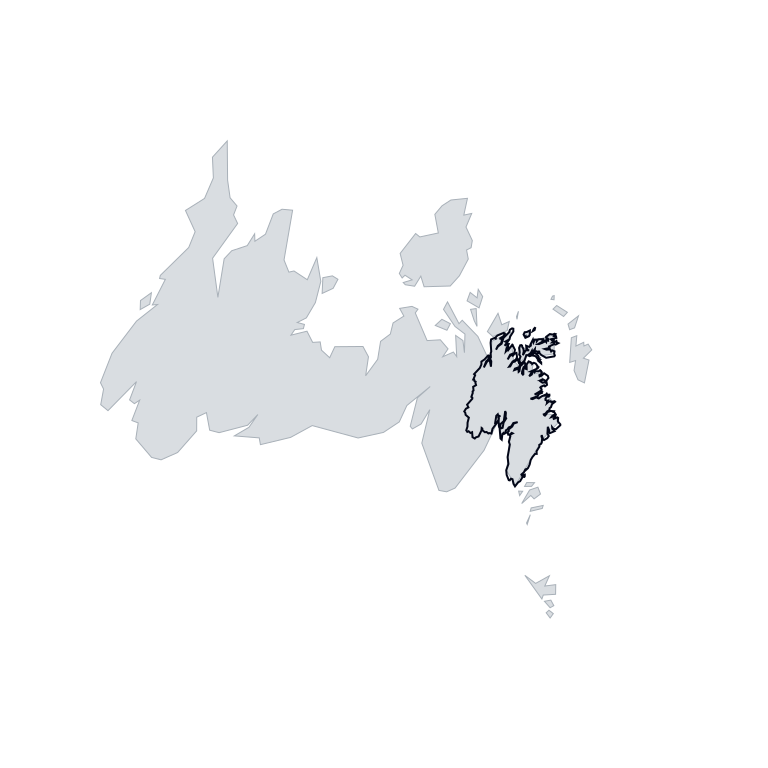 Highland on a map of United Kingdom (Natural Earth projection), rotated 127°
{"feature_id": "GBR-2745", "entity_name": "Highland", "entity_type": "Unitary District", "adm_level": 1, "iso_a3": "GBR", "parent_name": "United Kingdom", "parent_adm1": "", "projection": "natural_earth1", "projection_center": [-5.279, 57.587], "detail": "fine", "context": "in_parent", "style": "outline", "palette": "ink", "viewbox_px": 768, "rotation_deg": 127, "n_neighbors": 0, "source": "natural_earth", "source_scale": "10m", "svg_char_len": 9856}
<svg xmlns="http://www.w3.org/2000/svg" viewBox="0 0 768 768"><g transform="rotate(127 384 384)"><path d="M414.8,568.8L380.2,587.0L369.2,585.8L355.8,576.5L341.9,577.7L347.7,573.0L335.7,568.8L314.8,574.8L305.8,570.6L300.2,561.6L345.1,538.5L351.9,527.3L347.9,523.9L346.9,508.0L323.5,513.7L340.1,496.2L360.3,487.8L377.9,485.8L387.1,490.3L384.3,483.4L388.3,481.7L394.2,488.0L401.0,487.7L388.2,477.3L393.7,466.0L388.8,460.3L394.6,454.3L395.7,443.2L383.8,445.7L366.7,423.4L371.6,412.8L388.5,403.6L368.1,403.9L352.0,412.4L340.3,409.0L329.8,413.5L317.8,409.0L314.2,417.0L305.2,408.4L303.8,401.9L308.4,401.8L323.4,375.7L314.8,365.6L317.4,354.0L326.9,353.5L316.7,347.8L318.4,342.4L302.1,356.0L301.8,347.1L310.6,338.6L295.4,349.4L295.3,362.0L288.6,381.4L280.2,382.7L290.7,360.4L286.0,359.9L289.5,337.7L303.1,312.1L284.9,323.5L266.1,314.1L281.9,307.3L276.7,304.8L287.3,294.7L288.5,288.2L279.4,280.9L279.2,276.4L287.7,272.4L281.4,266.3L286.7,255.7L304.3,255.7L294.3,246.3L297.2,237.8L310.0,236.6L306.9,230.5L309.7,221.5L332.3,224.1L385.6,218.1L379.6,233.7L349.6,251.8L347.9,257.1L354.8,258.8L344.1,270.9L376.8,264.2L424.3,264.6L432.4,269.1L435.9,276.1L408.5,318.2L376.9,332.0L393.6,330.3L402.8,334.3L402.0,337.6L375.0,349.0L358.2,345.6L387.4,352.8L405.1,349.0L423.0,355.3L442.7,372.2L460.4,416.3L482.9,426.5L506.8,446.2L502.1,451.2L515.5,472.3L499.9,465.8L484.3,466.4L499.0,468.1L522.1,486.4L525.8,495.4L513.7,508.6L523.2,513.6L534.2,505.4L562.9,507.6L578.7,516.4L582.5,525.4L577.2,549.2L563.0,556.9L564.9,563.4L543.9,569.4L549.9,571.5L549.8,577.6L531.0,583.1L571.4,588.4L571.0,597.8L556.8,604.9L553.6,611.2L523.1,619.7L482.7,619.5L456.8,612.7L460.3,616.6L432.0,621.6L434.8,626.7L431.9,628.0L392.5,622.1L376.0,626.5L364.9,647.0L343.8,639.0L322.1,644.3L306.1,657.5L284.2,655.5L315.3,631.6L327.9,619.0L330.3,608.5L339.5,605.9L343.9,597.5L386.7,596.6L414.8,568.8ZM270.0,449.7L244.8,449.3L245.0,443.9L230.7,431.5L217.9,445.5L206.7,444.9L196.8,441.3L185.5,429.1L201.1,421.9L195.0,416.6L209.3,413.0L216.3,399.8L222.7,396.5L227.3,398.7L233.5,391.9L252.2,388.9L265.9,390.1L282.2,410.5L275.7,419.5L287.5,418.4L291.9,426.7L291.4,429.7L283.9,424.2L284.5,432.7L288.4,433.3L286.5,438.3L277.7,440.2L270.0,449.7ZM263.9,231.6L258.9,240.3L250.0,245.1L255.0,248.7L234.3,262.2L229.4,259.1L238.2,253.6L230.5,249.6L233.3,247.2L229.3,245.0L231.7,238.6L243.4,240.3L241.5,234.7L262.5,224.6L263.9,231.6ZM265.8,274.5L266.1,284.1L284.3,288.5L271.8,297.7L270.0,289.8L258.8,289.7L241.7,277.7L257.6,266.4L265.8,274.5ZM448.7,120.4L456.7,129.8L460.7,128.5L452.0,156.4L452.0,142.9L437.6,136.5L448.6,134.0L440.9,126.1L448.7,120.4ZM279.9,333.0L258.9,335.5L265.8,325.6L258.7,321.6L267.2,317.8L280.6,325.6L279.9,333.0ZM338.2,482.2L348.9,487.9L335.9,496.8L328.7,490.3L328.1,483.8L338.2,482.2ZM266.0,353.9L267.6,367.7L259.0,370.3L259.2,361.5L251.7,365.7L254.8,357.8L266.0,353.9ZM385.4,195.0L384.7,199.7L396.6,202.1L381.0,203.9L373.8,199.0L377.7,192.8L385.4,195.0ZM306.4,378.3L297.5,376.7L295.9,367.3L303.2,366.1L306.4,378.3ZM471.3,623.5L463.9,628.7L451.1,624.7L461.2,619.1L471.3,623.5ZM272.3,359.8L268.3,355.8L282.0,344.4L279.1,350.1L272.3,359.8ZM224.5,265.6L228.9,268.4L225.4,273.1L212.5,269.7L224.5,265.6ZM222.5,294.1L217.4,293.3L216.4,280.7L222.0,281.2L222.5,294.1ZM461.0,125.1L456.2,120.7L458.8,115.0L462.7,116.7L461.0,125.1ZM397.7,190.6L394.4,191.9L385.2,183.8L388.1,182.7L397.7,190.6ZM381.2,210.1L376.8,210.7L372.2,204.4L377.0,204.6L381.2,210.1ZM470.9,110.5L469.1,116.8L465.4,116.1L465.5,110.6L470.9,110.5ZM409.2,186.5L400.3,188.5L410.0,185.1L409.2,186.5ZM260.4,301.7L257.8,302.2L254.4,299.0L258.7,297.4L260.4,301.7ZM391.5,208.5L388.5,212.0L386.2,208.7L391.5,208.5ZM250.5,318.7L245.0,320.4L252.3,316.7L250.5,318.7ZM215.9,301.6L212.4,302.3L211.0,301.3L214.4,298.9L215.9,301.6Z" fill="#d9dde1" stroke="#a8b0b8" stroke-width="1"/><path d="M298.5,318.0L298.0,317.0L299.2,316.3L301.9,315.6L304.5,316.0L310.7,314.2L304.2,315.2L301.1,314.2L305.8,309.0L301.3,312.0L300.0,314.4L298.3,314.7L295.3,317.3L293.5,317.9L287.0,323.6L284.0,325.3L280.3,323.2L281.1,321.5L279.3,322.9L277.0,322.6L271.1,319.1L270.9,317.9L273.9,317.3L277.6,318.7L277.9,318.3L276.5,317.0L280.7,315.0L285.1,316.0L289.2,315.2L285.5,315.6L281.1,314.3L275.3,316.3L267.4,315.2L264.9,316.1L262.5,315.2L262.0,314.0L264.2,312.3L270.2,311.8L272.7,310.7L277.1,312.6L276.9,311.6L275.8,310.7L280.8,310.7L277.9,309.7L277.1,308.5L281.7,307.7L284.6,306.3L283.4,306.2L281.3,307.2L279.8,307.0L281.7,305.2L274.4,305.2L277.1,304.9L276.0,303.8L277.9,300.0L280.9,298.6L284.7,300.9L290.0,300.0L285.9,300.3L283.6,299.4L283.9,298.1L281.4,298.0L279.5,296.9L282.5,293.9L285.2,293.4L288.6,294.8L294.8,294.5L294.0,293.8L289.3,294.5L287.6,293.2L283.8,292.0L286.0,289.0L285.3,288.2L287.9,286.5L289.2,286.3L293.0,288.7L294.5,288.3L290.8,285.9L293.2,283.8L292.3,283.6L287.9,285.9L284.8,285.3L282.3,285.6L282.0,284.9L283.0,283.2L284.9,282.1L286.5,282.7L290.9,281.2L292.6,280.1L292.9,278.7L292.3,278.6L288.4,281.6L285.5,281.1L286.7,280.3L286.3,279.0L282.8,281.8L278.9,282.1L278.3,280.1L278.8,279.7L278.2,278.3L278.8,277.7L276.9,277.1L276.4,275.1L277.4,271.8L278.0,271.8L277.7,270.8L279.1,270.7L285.5,274.2L284.9,273.2L290.4,272.7L287.5,271.7L284.7,272.5L283.4,271.5L283.9,270.8L282.6,270.6L280.7,268.1L279.0,267.6L279.1,266.4L279.8,265.8L279.6,265.0L281.8,264.4L283.4,265.2L284.2,264.3L282.4,263.1L279.1,262.6L278.9,258.1L280.2,256.3L283.2,256.3L284.2,256.7L284.7,260.1L286.8,261.2L286.1,260.1L287.7,260.5L287.6,258.2L285.1,255.9L285.5,255.3L285.0,255.0L286.6,253.3L289.0,254.0L288.8,255.3L291.5,256.9L292.7,257.1L293.4,254.9L294.3,254.3L301.8,257.4L297.9,254.8L295.1,253.8L295.1,253.0L295.9,253.2L296.2,252.6L298.8,254.3L300.4,254.0L302.7,254.8L307.6,258.1L306.6,256.2L301.8,253.7L302.8,252.9L302.4,251.7L299.0,250.7L296.4,249.2L296.7,248.9L296.1,248.3L293.8,248.2L294.3,247.1L293.0,245.5L293.8,244.8L295.2,245.1L296.2,246.4L298.7,246.2L299.6,245.4L299.1,243.7L299.6,243.4L298.8,243.0L301.0,242.3L299.1,241.9L297.5,240.6L297.8,239.6L295.1,237.5L295.2,236.7L299.0,237.7L302.0,236.7L303.6,237.2L305.3,236.2L307.7,237.2L310.3,237.2L312.9,238.6L311.1,237.2L313.2,236.5L310.0,236.2L308.4,236.8L305.1,234.5L303.6,232.1L304.4,232.1L304.0,231.0L304.8,229.0L308.1,230.4L309.7,230.4L308.3,229.4L308.1,228.7L306.6,229.0L307.1,228.3L306.3,227.9L308.4,227.1L310.5,227.9L306.3,225.4L306.3,224.5L309.3,222.6L310.1,218.9L310.8,218.4L316.7,219.5L317.9,221.8L317.4,223.6L318.4,222.7L319.0,219.4L323.5,222.0L323.2,223.2L321.4,224.5L319.6,227.4L325.3,223.6L326.4,221.1L329.0,221.0L332.5,222.5L332.5,223.6L329.9,227.3L331.2,226.6L332.2,225.0L335.7,222.8L337.1,222.5L339.9,223.6L339.4,223.2L340.5,222.2L345.9,221.7L347.9,220.0L348.9,221.3L353.0,221.5L356.4,221.1L360.7,219.2L364.6,218.4L366.7,218.8L366.2,219.1L367.1,219.7L370.4,219.1L373.6,219.8L374.1,218.8L371.7,217.0L373.1,216.0L373.8,216.0L374.5,217.4L379.7,216.8L381.8,217.7L386.9,217.8L385.8,220.5L382.7,224.1L383.2,225.6L385.3,225.6L385.7,226.5L382.8,231.3L379.3,234.5L373.0,236.5L368.0,241.3L356.6,247.1L355.0,249.5L349.6,251.7L349.2,253.0L346.0,251.5L346.2,252.6L348.6,253.1L349.7,254.3L348.9,255.3L348.9,256.3L346.5,256.0L345.2,257.1L340.8,256.0L337.6,256.6L334.0,254.3L337.3,257.2L341.2,256.8L343.5,258.2L344.1,258.2L343.9,257.4L347.7,258.8L349.9,257.6L351.2,257.8L351.9,258.5L351.3,259.1L352.6,259.4L357.6,256.5L357.4,258.2L349.8,265.0L348.4,264.9L348.7,263.6L347.6,262.9L342.8,265.3L337.9,265.7L337.3,267.0L333.7,269.3L332.7,270.9L341.5,266.0L345.6,266.8L349.0,265.3L349.2,266.0L348.4,267.0L344.7,270.1L345.3,270.8L342.7,271.2L342.2,272.4L339.1,272.2L341.3,272.8L339.7,274.9L341.8,275.2L348.0,271.9L346.1,270.5L354.5,270.4L358.9,268.4L359.9,270.5L360.7,270.9L360.6,273.2L361.8,274.4L361.7,277.5L360.4,278.7L360.4,279.5L362.4,278.2L369.0,276.9L371.3,278.5L372.9,278.7L373.2,281.3L369.5,284.6L371.1,285.5L370.8,288.0L372.1,288.7L371.5,290.4L367.8,291.7L364.6,294.0L359.8,296.0L359.5,300.3L358.1,301.7L357.6,303.4L354.4,303.7L351.9,302.5L350.5,305.2L342.6,304.6L341.7,305.3L341.7,306.5L337.8,307.7L336.6,308.8L335.3,308.6L332.6,311.1L329.5,309.8L328.0,311.8L327.0,312.2L327.2,313.6L326.2,314.6L326.7,315.4L322.1,316.5L321.9,318.0L313.5,317.1L309.7,318.0L307.5,319.7L303.9,318.5L298.5,318.0ZM249.4,282.5L248.8,282.9L244.3,281.6L242.9,278.9L241.3,278.1L240.9,277.0L243.3,277.0L242.3,275.4L243.5,274.1L247.8,277.6L247.6,276.7L248.1,276.3L246.9,274.7L247.6,274.2L249.5,274.6L248.1,272.9L245.9,272.2L246.9,270.9L246.5,269.4L249.2,270.6L249.8,272.1L253.3,274.1L255.0,273.9L254.2,275.4L255.8,273.7L259.3,276.7L258.8,274.9L256.3,272.1L257.4,270.1L255.9,269.8L255.3,267.5L257.5,266.3L258.3,264.8L259.4,264.6L265.5,270.3L266.2,276.0L265.7,278.5L264.1,280.1L266.5,279.4L266.8,279.9L265.9,281.1L266.1,281.9L267.5,283.2L265.4,284.5L269.6,284.4L268.3,285.9L271.1,285.5L274.4,286.5L275.3,287.7L280.5,285.9L285.2,286.6L284.5,289.2L283.5,290.4L279.9,291.5L279.2,293.7L277.1,294.7L273.9,297.8L271.1,298.5L270.2,297.6L270.3,296.8L271.3,295.7L271.9,294.0L273.7,292.1L277.4,290.4L271.9,291.1L269.7,288.3L270.5,290.1L269.4,291.4L269.7,291.8L267.9,293.5L267.0,290.4L265.0,289.8L264.6,290.1L265.1,290.5L264.5,290.8L258.9,291.8L260.6,289.7L257.9,290.4L256.6,288.7L257.9,287.7L255.4,287.7L252.6,284.2L255.2,283.1L259.3,284.9L258.8,284.2L255.6,282.2L253.3,282.5L253.9,281.8L252.8,281.4L253.4,281.1L252.7,280.7L252.9,279.7L251.0,280.8L251.2,279.9L250.7,279.0L249.1,280.4L249.4,282.5ZM258.6,297.0L261.5,298.6L260.8,299.4L261.8,299.4L260.5,302.3L258.0,302.8L256.6,301.3L253.5,299.7L257.1,297.1L258.6,297.0ZM268.9,282.5L268.4,281.2L268.7,278.0L269.0,277.1L270.8,276.7L270.0,275.3L271.6,275.3L271.1,274.2L271.7,274.4L272.1,274.9L270.7,278.9L270.8,280.4L271.8,282.4L269.3,283.5L268.6,283.2L268.9,282.5ZM273.0,285.6L271.1,284.6L270.9,283.9L273.1,283.7L274.2,284.5L274.3,285.2L273.0,285.6ZM247.6,297.3L250.3,296.2L252.2,297.0L249.9,297.5L247.6,297.3ZM272.7,273.9L271.8,273.1L272.1,271.5L272.9,270.9L272.7,273.9Z" fill="none" stroke="#020617" stroke-width="2"/></g></svg>